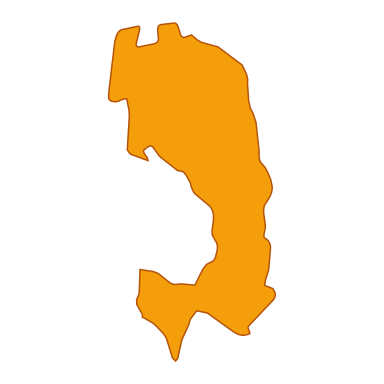 outline of Ingush
{"feature_id": "RUS-2303", "entity_name": "Ingush", "entity_type": "Republic", "adm_level": 1, "iso_a3": "RUS", "parent_name": "Russia", "parent_adm1": "", "projection": "orthographic", "projection_center": [44.85, 43.115], "detail": "fine", "context": "isolated", "style": "filled", "palette": "amber", "viewbox_px": 384, "rotation_deg": 0, "n_neighbors": 0, "source": "natural_earth", "source_scale": "10m", "svg_char_len": 2219}
<svg xmlns="http://www.w3.org/2000/svg" viewBox="0 0 384 384"><path d="M243.0,335.4L238.5,334.5L234.2,332.3L207.3,313.0L196.6,310.8L190.3,319.3L188.8,324.7L181.7,340.2L177.7,358.6L175.5,361.0L172.4,357.8L166.4,338.2L163.5,333.7L156.2,326.0L152.4,322.8L143.3,317.5L142.4,317.3L142.4,317.2L142.3,314.4L136.8,304.4L136.6,299.7L138.7,294.8L139.2,292.9L140.0,269.5L153.6,271.6L158.4,273.6L170.6,283.3L173.4,284.3L175.6,284.5L180.9,283.9L194.9,285.1L202.9,269.1L206.6,264.4L213.2,261.0L214.5,259.2L215.5,257.1L217.1,250.8L217.4,248.1L217.4,245.7L217.0,244.0L216.4,242.4L213.1,236.7L212.4,235.2L212.1,232.5L212.2,228.9L213.3,221.8L213.5,218.0L213.5,215.0L213.2,213.2L212.7,211.5L212.1,209.9L211.5,208.7L210.3,206.7L194.0,192.9L191.3,187.0L190.6,183.5L186.6,175.9L184.2,172.7L181.9,171.2L177.8,170.7L160.9,157.5L158.9,155.5L152.7,146.8L150.9,146.0L149.2,146.1L145.2,148.8L144.1,149.8L143.5,151.1L143.8,152.6L144.5,153.8L147.2,157.6L148.0,160.6L130.7,154.3L129.1,152.5L127.3,149.9L129.3,116.6L129.1,110.8L126.8,99.0L126.8,98.9L123.4,99.0L117.6,101.5L114.6,101.8L111.2,101.1L109.7,100.1L108.9,99.0L108.7,97.4L108.6,95.5L108.9,91.3L114.8,41.4L116.0,37.2L116.8,34.9L118.4,32.0L120.0,30.6L121.7,29.7L137.6,26.3L138.9,26.3L139.6,27.4L139.6,29.1L139.3,31.0L136.5,42.5L136.2,44.4L136.3,45.9L137.3,46.7L138.9,46.9L154.2,43.8L157.0,42.5L158.1,40.8L158.5,38.9L157.7,31.0L157.8,28.9L158.2,26.4L159.4,25.2L160.7,24.6L174.4,23.0L175.9,23.5L177.0,24.6L177.8,25.9L178.9,29.2L179.9,32.6L181.0,35.9L183.6,37.7L191.5,35.0L197.4,40.1L201.8,42.4L208.1,44.2L218.0,46.9L242.1,65.0L246.5,74.2L247.7,79.4L247.5,83.5L248.6,100.5L250.4,108.4L252.9,113.1L256.0,122.4L259.0,150.0L259.1,157.3L259.6,159.9L260.4,162.0L261.3,163.2L263.5,165.5L265.2,167.8L267.2,171.3L270.6,179.2L271.7,184.1L272.3,187.6L271.6,192.2L270.1,196.3L264.5,205.3L263.6,209.4L263.7,213.3L265.2,224.2L265.3,227.0L265.1,228.8L264.2,232.9L263.8,235.8L264.2,237.4L265.2,238.4L266.6,239.2L268.1,240.5L269.7,243.3L270.4,245.8L270.5,248.2L268.9,267.6L268.4,270.8L265.6,279.6L264.6,285.4L273.0,288.7L275.4,293.7L275.1,295.8L274.7,297.8L273.3,299.9L248.5,326.1L248.0,327.7L248.2,328.4L249.7,332.6L249.9,333.5L247.7,334.5L243.0,335.4Z" fill="#f59e0b" stroke="#b45309" stroke-width="1.5"/></svg>